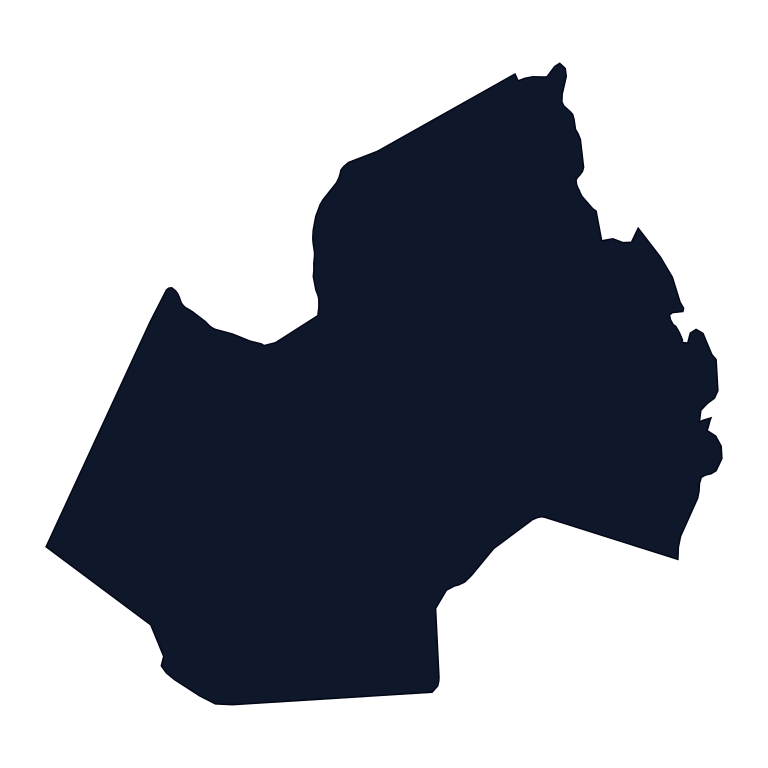 Agnéby, Natural Earth projection
{"feature_id": "CIV-3451", "entity_name": "Agnéby", "entity_type": "Department", "adm_level": 1, "iso_a3": "CIV", "parent_name": "Ivory Coast", "parent_adm1": "", "projection": "natural_earth1", "projection_center": [-3.837, 6.123], "detail": "fine", "context": "isolated", "style": "filled", "palette": "ink", "viewbox_px": 768, "rotation_deg": 0, "n_neighbors": 0, "source": "natural_earth", "source_scale": "10m", "svg_char_len": 1872}
<svg xmlns="http://www.w3.org/2000/svg" viewBox="0 0 768 768"><path d="M317.9,315.6L318.9,306.8L318.8,298.9L318.0,295.5L315.8,289.7L313.3,276.5L313.9,270.1L313.8,263.3L314.5,256.3L314.5,252.6L313.0,241.9L312.8,238.0L313.2,230.2L315.8,216.3L320.2,204.5L323.2,199.5L336.6,182.6L338.9,177.8L340.3,173.3L340.9,170.1L343.9,166.4L348.6,162.4L377.4,151.3L515.0,74.0L518.1,80.9L524.9,78.3L532.6,76.8L544.3,77.0L547.0,76.8L554.7,66.5L559.7,63.3L565.2,68.4L566.3,76.3L562.2,94.1L561.9,101.9L563.9,106.0L570.5,112.0L572.7,114.5L574.0,119.2L575.5,129.4L578.0,133.6L580.4,139.5L583.6,167.4L582.4,171.5L579.8,175.0L577.2,177.8L576.0,180.0L576.6,184.6L578.0,188.2L579.4,190.7L580.0,192.6L582.1,196.5L592.6,208.6L596.1,211.1L601.7,240.8L612.9,238.8L622.9,242.6L631.4,242.3L638.2,228.2L660.3,256.9L672.4,277.3L680.1,302.3L683.6,308.2L682.9,311.5L672.5,312.6L669.4,315.0L670.6,320.0L673.2,324.6L675.9,326.5L679.6,333.1L682.5,340.0L681.7,342.3L687.7,343.1L690.3,333.1L696.1,329.4L703.0,333.4L711.8,354.5L716.1,359.5L717.9,390.6L714.5,398.1L707.4,403.4L700.9,410.2L699.4,422.1L702.6,420.4L711.0,417.9L709.9,420.7L708.1,427.6L707.0,430.5L715.6,436.0L721.2,446.2L721.9,458.5L716.1,470.7L711.2,473.7L705.7,475.0L701.3,477.3L699.5,483.3L699.0,491.3L697.7,498.1L680.6,536.2L678.4,547.0L677.9,559.4L544.9,517.3L541.5,516.7L537.3,517.6L532.5,519.6L493.6,548.6L471.4,575.5L464.7,582.0L458.6,584.9L454.3,586.0L446.4,590.2L435.6,608.4L439.0,677.5L438.7,681.6L437.7,685.9L432.1,692.2L232.5,704.7L215.4,703.9L199.7,695.9L174.8,679.8L166.4,673.0L161.3,665.8L163.7,656.4L150.8,624.9L46.1,546.8L150.1,321.9L166.5,289.9L168.8,288.1L171.8,287.8L175.6,290.9L177.7,293.8L179.2,297.0L181.3,303.0L183.0,305.2L184.9,307.2L192.1,311.5L205.2,321.5L209.2,325.6L211.3,327.3L214.7,329.2L232.4,334.0L250.0,341.1L261.4,343.9L264.0,345.6L275.5,342.7L317.9,315.6Z" fill="#0f172a" stroke="#020617" stroke-width="1.5"/></svg>